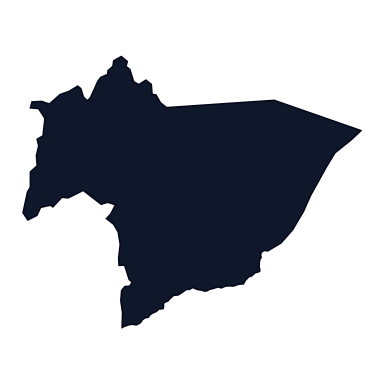 Huerfano, Colorado, United States of America (orthographic projection)
{"feature_id": "52423323B93107180382788", "entity_name": "Huerfano", "entity_type": "district", "adm_level": 2, "iso_a3": "USA", "parent_name": "United States of America", "parent_adm1": "Colorado", "projection": "orthographic", "projection_center": [-105.039, 37.654], "detail": "fine", "context": "isolated", "style": "filled", "palette": "ink", "viewbox_px": 384, "rotation_deg": 0, "n_neighbors": 0, "source": "geoboundaries", "source_scale": "gbopen_adm2", "svg_char_len": 1806}
<svg xmlns="http://www.w3.org/2000/svg" viewBox="0 0 384 384"><path d="M27.8,220.0L36.9,215.4L40.6,207.4L50.5,205.2L52.9,206.9L61.8,197.3L68.2,197.9L83.2,190.4L101.2,204.3L107.6,202.3L115.5,204.8L110.7,214.1L106.4,218.6L113.7,224.3L118.2,232.0L120.2,244.3L118.6,258.3L119.0,265.4L124.6,265.1L129.2,279.6L132.2,282.0L129.8,286.1L124.9,286.5L121.6,290.5L120.8,300.6L122.5,312.7L122.1,327.5L125.2,326.0L125.9,325.9L129.2,324.7L132.2,324.3L136.4,324.9L140.3,322.8L142.6,319.6L145.1,317.8L148.4,317.3L149.8,315.0L152.5,313.1L153.7,312.6L156.3,311.5L158.8,309.1L161.8,308.8L163.2,308.6L163.6,306.6L163.4,305.1L164.1,302.5L167.8,301.1L169.8,298.8L173.7,295.3L178.1,295.0L182.4,292.3L186.1,289.6L189.7,289.3L192.7,287.5L195.1,288.6L198.1,289.7L201.8,290.2L204.6,291.2L207.1,290.8L209.4,289.4L213.5,288.4L217.9,287.0L221.4,287.9L225.3,286.2L227.4,286.0L230.3,285.9L233.6,286.1L236.9,284.8L239.4,284.2L243.4,283.9L245.5,280.2L247.6,278.1L248.2,277.4L249.6,276.3L251.0,276.4L252.4,275.3L254.6,273.2L255.4,272.6L256.8,272.5L259.6,271.4L259.9,269.5L259.2,267.7L259.2,265.9L259.3,262.0L260.2,258.7L261.2,257.4L260.7,255.7L260.7,254.2L261.6,252.1L263.8,250.5L267.8,250.9L281.0,243.0L292.6,229.8L303.5,211.4L310.7,195.2L318.1,182.0L326.4,166.9L335.0,152.8L351.1,139.9L361.0,130.6L274.2,100.3L268.5,100.7L220.8,103.9L166.6,107.6L160.4,102.7L156.0,94.9L152.1,94.4L151.3,84.3L145.9,80.1L138.8,84.6L133.7,81.7L129.8,69.3L126.0,66.5L127.3,61.5L121.3,56.5L113.7,60.7L112.9,66.3L108.0,70.6L107.6,74.5L100.8,77.3L97.8,81.3L90.4,97.8L87.3,100.8L83.5,97.1L80.8,88.6L77.7,86.1L68.9,91.4L60.1,94.5L49.4,104.0L41.6,101.4L32.0,101.9L30.4,107.9L38.6,108.6L44.9,118.4L43.0,135.8L37.1,139.2L38.7,145.7L36.4,155.6L37.2,165.8L30.4,171.8L30.3,187.4L27.5,191.9L23.0,212.7L27.8,220.0Z" fill="#0f172a" stroke="#020617" stroke-width="1.5"/></svg>